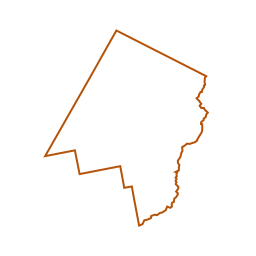 Pecos, Texas, United States of America (Natural Earth projection), rotated 79°
{"feature_id": "52423323B87811641324082", "entity_name": "Pecos", "entity_type": "district", "adm_level": 2, "iso_a3": "USA", "parent_name": "United States of America", "parent_adm1": "Texas", "projection": "natural_earth1", "projection_center": [-102.382, 30.712], "detail": "fine", "context": "isolated", "style": "outline", "palette": "amber", "viewbox_px": 256, "rotation_deg": 79, "n_neighbors": 0, "source": "geoboundaries", "source_scale": "gbopen_adm2", "svg_char_len": 1161}
<svg xmlns="http://www.w3.org/2000/svg" viewBox="0 0 256 256"><g transform="rotate(79 128 128)"><path d="M45.7,134.1L71.4,155.9L139.8,214.7L139.8,184.4L164.0,184.3L164.0,142.9L186.0,143.1L186.1,135.4L201.2,135.6L225.9,135.7L225.1,132.1L221.7,129.6L221.6,126.3L220.8,122.7L218.8,122.0L218.2,118.4L219.1,116.2L217.4,112.7L217.6,111.0L216.0,106.8L212.6,104.5L214.4,101.7L213.5,99.9L210.8,99.6L209.6,98.7L209.4,97.2L206.1,96.0L205.1,94.0L202.7,91.8L201.6,91.5L199.6,92.9L197.4,90.5L195.6,89.7L192.1,91.9L190.4,90.7L189.1,91.4L187.1,90.0L185.9,90.8L184.5,89.2L182.5,89.3L180.9,88.1L180.2,89.6L179.2,86.1L175.9,85.5L174.3,84.6L172.2,85.6L169.8,85.4L166.3,82.0L162.5,80.3L160.9,78.9L159.0,78.7L157.2,78.6L155.6,74.6L154.6,73.2L155.4,70.5L154.6,64.7L153.5,62.5L152.4,62.1L148.8,58.9L146.8,56.9L144.6,55.6L138.5,54.4L138.0,55.6L136.2,55.0L134.5,52.1L133.2,51.9L131.9,49.4L129.6,48.6L128.1,46.7L124.6,49.2L122.9,49.6L122.3,52.3L119.8,53.4L118.3,51.5L114.6,53.2L111.9,55.0L110.6,52.6L108.7,51.9L106.4,49.8L106.7,48.6L104.5,47.8L102.5,45.6L100.8,45.4L100.4,44.1L97.0,44.0L93.4,42.9L92.1,41.3L30.1,120.8L45.7,134.1Z" fill="none" stroke="#b45309" stroke-width="2"/></g></svg>